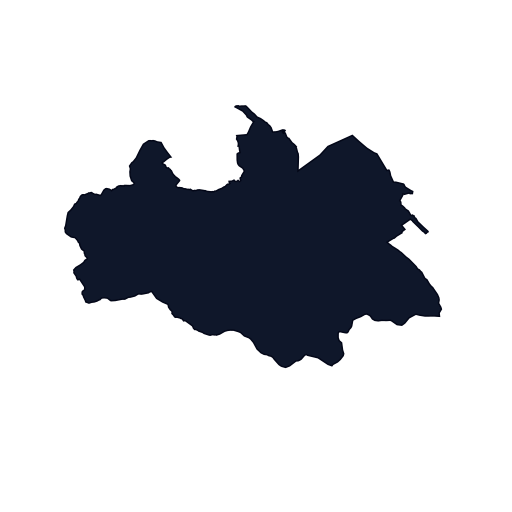 Barcani, Covasna, Romania, rotated 144°
{"feature_id": "2599482B23843789943329", "entity_name": "Barcani", "entity_type": "district", "adm_level": 2, "iso_a3": "ROU", "parent_name": "Romania", "parent_adm1": "Covasna", "projection": "albers", "projection_center": [26.11, 45.703], "detail": "fine", "context": "isolated", "style": "filled", "palette": "ink", "viewbox_px": 512, "rotation_deg": 144, "n_neighbors": 0, "source": "geoboundaries", "source_scale": "gbopen_adm2", "svg_char_len": 6128}
<svg xmlns="http://www.w3.org/2000/svg" viewBox="0 0 512 512"><g transform="rotate(144 256 256)"><path d="M174.9,375.1L175.7,381.4L176.1,383.4L177.8,384.6L178.6,384.8L178.9,385.4L181.5,386.9L181.9,387.8L183.6,388.9L184.6,389.2L185.3,389.0L181.5,381.0L181.0,376.6L180.9,374.9L181.3,374.1L181.2,373.3L179.6,368.7L179.4,367.0L178.8,366.0L184.5,363.5L189.2,360.7L192.0,359.4L200.8,364.7L201.0,363.9L203.0,362.0L203.1,360.0L203.7,358.1L204.4,356.9L205.8,355.5L205.3,355.3L205.5,354.1L207.0,351.4L208.1,349.0L209.9,349.7L211.3,349.6L214.8,344.7L216.2,342.1L216.6,340.5L216.5,338.8L215.1,335.0L215.2,332.9L215.6,331.4L220.2,329.5L220.7,329.0L220.8,328.5L223.0,328.4L223.6,327.2L223.7,326.2L224.5,325.8L225.7,325.9L226.1,327.7L227.5,327.5L229.2,328.8L229.2,330.3L231.4,330.6L233.9,332.2L234.4,331.2L234.4,330.0L236.1,330.2L236.6,330.7L237.4,330.8L240.2,330.3L241.4,330.7L243.9,330.8L247.1,331.7L250.1,332.0L251.5,332.8L252.0,332.7L253.0,333.1L253.2,333.5L254.5,334.2L257.7,337.1L258.7,338.7L259.3,339.0L259.4,339.3L262.9,342.8L264.7,343.9L265.5,344.0L266.5,344.5L267.2,345.2L268.2,345.5L269.1,346.4L269.9,348.6L271.1,349.0L271.4,349.6L272.6,350.4L273.0,350.8L273.2,351.4L275.0,353.0L275.8,354.6L278.0,356.6L278.7,356.8L279.1,357.5L279.8,358.6L279.6,359.7L278.8,360.5L273.5,361.9L273.3,362.3L273.4,363.6L274.2,366.4L274.8,367.7L274.7,368.9L275.0,369.7L274.9,370.6L275.1,371.3L274.4,374.6L274.7,375.6L274.5,376.3L275.0,377.5L275.0,378.7L276.2,379.5L276.6,380.4L276.0,382.8L277.3,385.6L277.2,386.4L276.9,386.8L275.6,386.5L271.6,386.8L267.9,386.7L266.7,386.1L266.9,391.7L266.9,397.7L266.1,403.6L269.0,406.5L270.1,408.4L271.4,409.8L273.0,410.7L273.8,411.5L275.1,412.3L281.4,412.6L287.7,409.7L295.2,405.7L299.9,404.4L301.7,404.4L305.4,403.1L306.3,400.4L308.5,398.2L310.8,394.6L312.3,390.0L311.5,386.6L311.9,386.1L313.8,385.9L316.6,387.0L320.4,390.0L321.0,390.4L321.5,390.1L322.0,390.3L322.3,391.1L323.5,391.4L323.5,391.8L323.9,392.3L326.1,393.4L328.2,393.6L328.4,393.2L329.0,393.2L332.3,393.6L332.9,394.1L334.4,393.7L335.4,396.3L337.3,398.4L338.2,398.8L340.3,398.7L344.9,396.6L346.3,396.4L349.0,399.9L350.1,400.4L351.5,403.0L351.6,403.8L352.0,404.2L354.0,405.0L354.4,405.4L355.4,405.3L357.1,405.9L358.2,405.9L360.2,407.4L361.1,407.7L363.1,407.4L364.8,406.3L365.9,406.1L367.9,404.8L369.1,404.7L370.5,404.1L372.3,404.5L374.5,403.2L378.8,402.0L382.4,401.6L385.0,399.4L392.1,392.4L394.4,390.9L395.0,389.2L396.1,387.6L396.2,386.8L396.1,385.3L394.3,380.1L391.5,377.1L391.2,373.5L391.6,371.4L391.2,370.2L392.3,367.9L393.0,364.3L392.7,362.8L392.1,361.6L392.1,361.1L393.4,358.7L393.4,357.7L394.1,356.7L393.6,353.4L394.4,352.9L396.9,353.0L399.2,352.1L403.2,352.0L408.4,352.5L411.7,351.8L412.0,350.8L413.2,349.4L413.3,345.3L414.0,343.6L414.2,342.3L414.1,341.4L412.3,341.0L412.7,331.7L414.4,329.4L416.8,329.4L417.5,329.2L418.5,328.2L419.1,327.1L418.9,325.8L419.5,324.2L420.2,320.2L420.7,318.9L418.8,316.1L416.1,315.2L413.8,313.9L411.0,313.0L409.1,312.8L408.0,312.4L405.7,312.8L403.4,311.5L400.9,309.2L399.9,305.6L399.5,305.0L396.1,302.8L389.7,299.8L387.4,298.2L383.4,297.6L381.8,296.6L377.5,294.9L374.1,294.6L373.1,294.3L371.2,292.6L369.9,291.9L364.5,289.4L363.4,289.5L361.2,288.7L361.3,280.1L358.6,273.7L355.6,268.6L356.8,265.9L356.9,263.0L356.5,261.0L356.7,260.0L357.8,258.8L357.5,256.9L357.6,254.6L357.1,253.7L355.9,253.0L353.7,250.3L353.5,249.6L352.6,248.5L352.7,246.1L351.6,245.6L351.0,244.8L348.5,237.0L348.6,235.4L348.9,235.0L349.0,234.2L348.8,232.6L348.1,232.2L347.3,231.0L346.7,229.9L346.5,229.0L344.1,225.6L343.5,223.9L340.3,219.5L339.2,218.6L337.7,218.2L335.6,216.3L334.1,215.4L334.2,215.2L331.2,214.2L325.6,213.6L322.9,212.6L320.5,211.3L317.7,209.2L314.8,205.4L313.4,203.2L312.4,198.2L309.7,194.0L309.1,192.0L308.8,187.6L309.8,180.1L308.8,174.8L307.2,171.7L305.0,169.6L304.3,168.0L302.6,166.0L301.9,164.0L301.9,161.6L301.2,154.7L300.5,152.6L299.9,151.5L297.5,148.5L293.4,147.4L285.4,147.6L283.3,146.4L281.6,146.1L280.0,146.0L274.9,147.2L273.1,146.7L272.7,145.5L265.6,137.2L261.4,126.0L259.1,122.6L257.5,123.1L252.3,122.4L248.6,122.8L244.1,124.1L242.5,125.4L241.3,129.0L237.8,135.5L238.5,138.4L238.2,139.9L237.5,141.8L235.0,145.2L233.9,145.8L232.7,145.7L228.9,141.5L227.6,140.4L226.2,140.5L223.8,141.8L221.3,142.3L219.8,143.1L215.5,147.2L211.7,146.7L206.9,145.4L202.2,144.9L200.4,143.9L199.0,141.2L198.7,140.0L198.8,136.6L197.7,134.1L195.2,131.7L192.2,130.1L188.1,127.0L185.1,125.1L184.3,123.7L182.2,117.6L178.7,114.3L175.1,114.3L168.5,116.0L160.9,115.0L158.4,112.0L154.4,108.0L147.3,103.0L143.0,99.4L141.3,102.3L137.3,104.0L136.6,106.0L136.1,110.5L133.7,112.8L132.7,114.7L131.9,118.2L131.7,125.2L131.6,126.4L132.1,129.0L132.2,131.6L131.7,136.4L132.5,138.4L132.5,139.1L131.5,145.4L131.9,146.9L132.0,148.7L132.9,150.6L132.7,153.3L134.2,163.5L135.3,167.1L136.5,173.4L137.0,174.6L137.7,177.4L140.4,184.1L140.6,185.4L141.7,188.8L141.5,189.5L141.8,190.2L134.7,189.6L133.5,189.2L130.6,189.5L124.2,189.0L123.9,189.9L119.9,190.0L120.2,195.3L109.6,195.1L108.7,192.8L108.8,191.8L107.7,185.4L107.5,184.4L106.6,178.3L106.0,176.9L105.7,174.5L104.9,174.3L103.4,174.7L102.8,174.4L102.4,174.7L102.5,175.4L103.7,181.1L105.0,188.6L104.6,191.9L104.6,192.5L105.0,193.2L104.8,195.4L104.6,195.7L105.3,196.2L105.2,196.8L105.4,197.2L106.6,197.4L106.8,198.3L106.3,202.8L107.6,206.4L107.5,207.5L108.0,210.1L108.7,212.1L107.2,214.5L107.0,216.4L101.6,218.9L100.5,219.9L99.7,218.7L95.7,217.2L94.9,216.7L94.7,215.9L92.8,214.6L91.3,216.1L92.2,217.7L94.6,223.6L94.7,224.8L94.3,226.8L94.4,227.5L99.4,233.4L101.4,234.9L100.0,241.7L98.4,245.2L98.0,246.9L98.0,247.4L99.9,248.3L98.2,267.6L99.8,270.0L103.0,278.1L105.4,288.0L107.2,296.9L133.4,302.3L144.9,300.0L172.1,300.1L163.5,311.2L161.8,314.0L161.5,315.6L159.8,319.8L159.8,321.1L159.2,321.0L159.5,323.6L160.3,326.5L160.3,331.9L160.8,332.3L161.2,334.2L160.2,337.9L160.2,339.0L160.7,339.6L161.4,339.0L161.7,339.2L161.5,339.7L161.8,340.2L161.7,341.0L161.4,341.4L159.5,340.1L158.7,340.5L159.2,341.4L160.4,342.4L164.8,343.7L166.8,344.6L169.7,346.5L168.4,350.9L168.4,353.6L168.9,354.7L169.0,357.6L169.8,358.6L170.4,361.1L171.6,364.5L173.5,367.8L173.9,371.7L174.9,375.1Z" fill="#0f172a" stroke="#020617" stroke-width="1.5"/></g></svg>